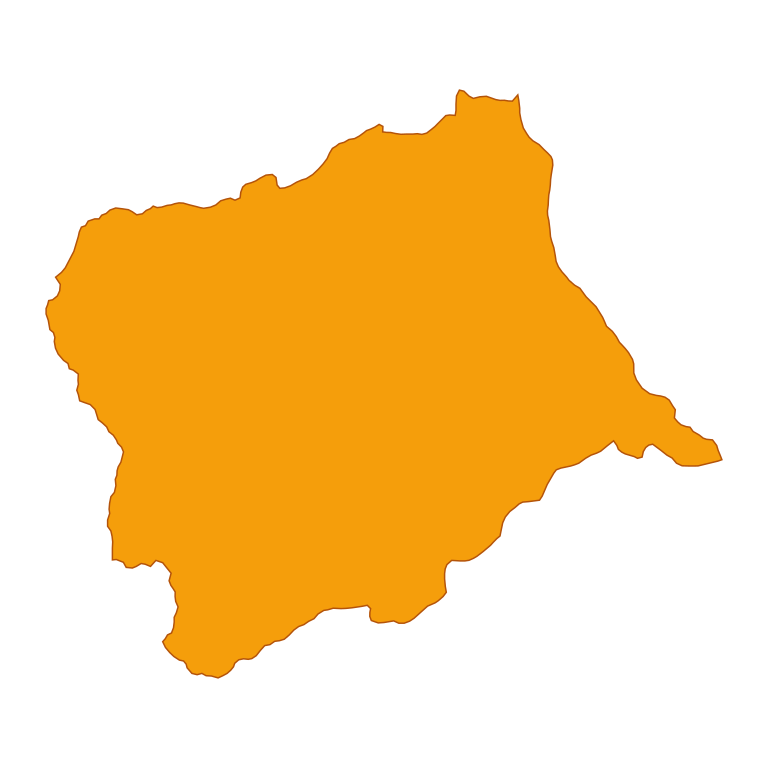 the district of Barretos, São Paulo, Brazil
{"feature_id": "56859067B29660912500509", "entity_name": "Barretos", "entity_type": "district", "adm_level": 2, "iso_a3": "BRA", "parent_name": "Brazil", "parent_adm1": "São Paulo", "projection": "mercator", "projection_center": [-48.643, -20.518], "detail": "fine", "context": "isolated", "style": "filled", "palette": "amber", "viewbox_px": 768, "rotation_deg": 0, "n_neighbors": 0, "source": "geoboundaries", "source_scale": "gbopen_adm2", "svg_char_len": 4737}
<svg xmlns="http://www.w3.org/2000/svg" viewBox="0 0 768 768"><path d="M55.6,277.2L60.3,284.4L59.7,290.8L57.4,295.9L52.6,299.8L48.7,300.6L47.6,304.8L46.1,308.5L46.1,314.0L48.3,320.4L49.9,329.6L53.4,332.5L54.9,337.4L54.3,341.5L55.5,348.2L58.2,354.1L63.6,360.4L68.0,363.5L69.3,368.7L73.2,370.1L78.3,374.0L78.0,380.5L78.4,384.3L76.8,390.2L78.4,394.7L79.7,400.8L84.3,402.5L90.3,404.6L95.1,409.5L96.9,415.3L98.2,419.6L102.4,422.9L106.7,426.9L108.9,431.7L113.3,435.2L116.4,439.9L117.8,443.3L121.5,447.1L123.5,451.9L122.4,456.3L120.9,462.2L118.2,466.9L117.1,470.8L116.9,475.3L115.3,479.3L115.9,485.7L114.4,492.4L110.9,496.7L109.6,503.3L109.1,509.2L109.7,513.5L107.6,520.0L107.6,526.3L110.9,531.0L112.1,536.4L112.7,541.9L112.4,548.1L112.4,554.0L112.4,559.9L116.3,559.5L123.4,562.3L126.2,567.4L132.4,568.0L136.3,566.4L141.1,563.5L145.1,564.2L150.5,566.4L155.9,560.4L162.7,562.7L166.3,567.2L171.1,573.2L169.1,580.8L170.9,585.4L173.0,588.4L175.2,591.9L175.1,596.5L175.7,601.4L178.1,606.9L176.3,612.9L174.2,617.3L174.2,622.1L173.5,627.8L171.5,633.0L167.5,634.9L165.3,638.7L162.7,641.7L165.5,647.5L169.8,652.6L173.9,656.5L179.4,660.1L183.6,661.0L186.2,664.2L187.1,667.8L191.9,673.4L197.1,674.7L201.9,673.4L206.1,675.7L211.4,676.0L218.1,677.9L222.8,675.7L227.1,673.4L230.8,670.1L233.5,666.8L234.7,663.3L238.7,659.8L243.5,658.8L248.3,659.3L251.8,658.6L256.2,655.7L260.3,650.5L264.7,645.6L270.0,644.6L274.7,641.3L279.5,640.7L284.3,639.2L289.3,634.9L293.9,630.0L298.7,626.5L303.9,624.6L308.7,621.3L314.0,618.7L318.0,614.0L323.8,610.4L327.8,609.8L333.2,608.2L341.0,608.6L345.7,608.4L351.9,607.8L361.5,606.4L367.3,605.3L370.6,608.6L369.9,612.3L369.8,616.4L371.3,620.5L378.2,622.9L384.0,622.5L393.7,620.9L398.8,623.2L404.2,623.2L409.6,621.2L414.0,618.3L427.6,606.1L435.2,602.8L438.3,600.7L443.1,596.5L446.3,592.3L445.3,586.4L444.6,578.9L444.6,573.6L445.2,568.9L446.9,564.6L451.7,560.4L460.0,560.9L465.0,560.9L469.0,560.3L473.5,558.3L476.9,556.3L483.3,551.4L490.6,545.2L493.3,542.2L496.8,538.6L500.0,536.0L501.0,531.0L502.7,522.8L505.3,517.0L509.8,511.5L514.9,507.6L519.1,503.9L522.7,502.1L528.7,501.6L539.5,500.2L542.2,496.1L547.2,484.5L553.8,473.1L556.3,469.8L560.8,468.1L570.7,466.0L574.6,464.8L578.8,463.2L585.7,458.2L591.1,455.1L596.7,453.1L600.7,451.2L607.1,445.9L613.6,440.8L616.9,445.5L618.4,449.4L621.7,452.1L625.2,453.9L630.2,455.4L634.3,456.6L637.5,458.3L642.1,457.1L643.3,451.6L645.7,447.5L648.8,445.1L652.7,444.2L661.0,450.4L666.9,455.1L672.1,458.0L676.5,463.2L682.1,465.8L689.8,466.0L694.5,466.0L698.1,465.9L717.9,461.1L721.9,459.7L720.3,455.6L718.1,450.3L716.7,445.5L712.5,439.9L706.5,439.3L703.1,438.1L699.5,435.2L693.1,431.5L690.0,427.2L686.0,426.6L681.0,424.8L677.7,421.9L674.4,418.0L675.3,409.7L672.6,405.8L669.2,400.1L665.0,397.2L660.6,396.0L656.3,395.4L649.6,393.7L642.1,388.2L639.4,384.3L636.4,379.9L633.8,373.0L633.7,363.9L632.5,359.4L628.5,352.6L625.2,348.5L622.0,345.0L619.4,342.3L616.3,336.6L612.3,331.3L606.5,326.3L604.4,321.3L602.6,317.3L596.1,306.8L593.2,303.9L586.1,296.8L583.9,293.8L579.9,288.3L574.6,285.2L569.0,280.3L566.7,277.2L561.8,271.7L558.4,266.8L556.1,261.4L555.3,256.0L553.8,247.6L551.7,241.3L550.5,236.7L549.9,229.5L548.8,220.5L547.6,215.2L547.4,211.1L548.2,205.0L548.4,200.2L548.8,194.8L549.7,190.2L550.3,185.1L550.6,179.6L551.2,175.0L552.8,165.1L552.4,159.9L550.9,156.5L547.8,153.2L543.9,149.5L539.1,144.6L533.0,140.9L529.1,137.2L526.6,133.5L523.3,128.0L520.9,119.5L519.7,112.9L519.7,108.2L518.8,100.6L517.8,94.9L512.4,101.1L508.6,101.0L504.4,100.3L500.0,100.4L495.8,99.6L486.4,96.3L479.8,96.8L473.3,98.4L469.0,96.1L463.9,91.2L459.4,90.1L456.5,96.0L456.0,104.1L456.0,110.5L455.2,115.4L449.6,115.0L445.8,115.6L437.9,123.5L435.0,126.5L431.2,129.6L426.7,133.1L421.9,134.4L417.4,133.7L412.6,134.1L406.1,134.1L400.9,134.3L395.3,133.5L390.7,132.5L386.5,132.4L382.7,131.9L382.9,126.4L379.1,124.4L374.9,127.1L370.4,129.2L366.5,130.6L363.8,132.8L359.4,136.0L354.6,138.6L349.0,139.5L344.2,142.3L339.2,143.7L335.9,146.3L332.4,148.4L329.6,153.1L327.1,158.7L323.0,164.1L318.4,169.2L312.8,174.5L306.2,178.7L302.0,179.9L296.6,182.2L290.5,185.8L284.7,187.9L279.8,188.3L277.1,185.0L276.0,177.5L272.3,174.5L266.0,175.1L260.0,178.2L255.8,180.9L251.6,182.6L245.8,184.3L242.7,187.1L240.8,192.2L240.1,197.9L235.0,200.2L230.4,198.2L226.2,199.1L220.7,200.8L215.8,205.0L210.4,207.2L203.6,208.3L200.0,207.6L196.4,206.6L189.5,204.9L183.2,203.1L179.0,202.9L174.8,203.7L171.2,204.9L167.1,205.4L161.7,207.1L157.1,207.6L153.2,206.1L150.3,208.7L146.3,210.4L142.4,213.8L136.7,214.8L132.2,211.7L128.4,209.7L122.3,208.8L115.7,208.0L109.9,210.1L106.2,213.5L101.7,215.2L99.0,218.9L94.7,218.9L88.2,221.1L85.5,225.7L81.4,227.1L79.3,232.0L78.3,236.6L73.9,251.3L65.3,267.8L61.5,272.4L55.6,277.2Z" fill="#f59e0b" stroke="#b45309" stroke-width="1.5"/></svg>